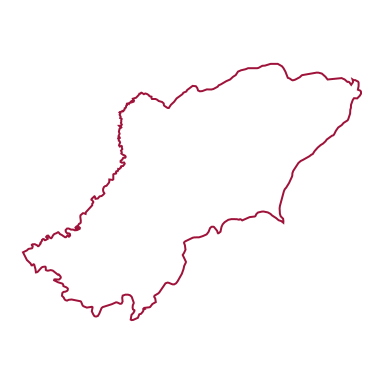 Nilo, Cundinamarca, Colombia (Albers equal-area conic projection)
{"feature_id": "7082276B27819593361412", "entity_name": "Nilo", "entity_type": "district", "adm_level": 2, "iso_a3": "COL", "parent_name": "Colombia", "parent_adm1": "Cundinamarca", "projection": "albers", "projection_center": [-74.661, 4.286], "detail": "fine", "context": "isolated", "style": "outline", "palette": "rose", "viewbox_px": 384, "rotation_deg": 0, "n_neighbors": 0, "source": "geoboundaries", "source_scale": "gbopen_adm2", "svg_char_len": 5887}
<svg xmlns="http://www.w3.org/2000/svg" viewBox="0 0 384 384"><path d="M289.7,78.5L287.8,77.8L285.4,71.6L283.4,68.0L281.9,66.2L277.8,63.9L270.5,63.9L265.0,65.6L262.3,65.8L258.5,67.9L257.2,68.2L248.1,68.2L245.6,69.2L241.0,70.3L238.0,71.6L235.7,75.1L232.9,76.9L230.1,79.5L226.4,81.1L220.8,84.4L218.7,85.3L217.7,86.7L213.4,89.0L211.3,89.5L206.8,89.4L202.2,91.1L199.9,91.3L198.1,90.5L197.2,87.9L195.8,86.2L192.6,85.9L187.2,90.0L186.3,91.5L183.4,92.7L182.4,94.2L176.6,98.4L174.1,101.8L170.9,104.8L168.8,108.0L167.5,107.9L164.3,105.8L163.9,105.1L163.7,103.4L162.1,102.0L158.7,101.0L157.1,99.7L155.5,99.0L152.0,99.0L151.4,97.9L151.5,96.7L149.5,96.2L148.6,95.0L146.8,93.9L145.2,93.5L143.9,94.2L141.6,92.7L141.0,92.8L140.4,93.7L139.4,93.7L138.7,95.0L136.1,97.7L132.9,98.7L134.0,100.7L133.6,101.7L133.3,101.8L133.0,101.2L132.4,101.8L131.9,100.9L130.7,101.7L130.7,102.7L129.3,102.9L128.9,104.0L127.8,103.5L127.0,103.6L126.7,104.2L127.0,105.2L126.2,105.8L125.9,107.5L125.4,108.0L124.7,108.2L124.5,109.7L123.6,110.4L123.4,111.1L123.1,111.3L122.3,111.0L122.0,111.6L119.9,112.0L119.4,112.5L120.3,113.6L119.6,114.8L120.6,116.5L120.2,118.1L121.3,118.5L121.7,119.0L121.2,120.2L121.3,122.0L120.9,122.9L121.8,124.7L120.7,125.7L119.1,125.8L120.2,127.1L121.2,127.0L121.4,127.4L119.5,128.9L118.9,131.7L119.6,133.8L118.5,136.1L119.7,137.4L119.8,138.0L119.2,138.3L118.3,138.0L118.1,138.4L118.8,139.5L118.8,140.7L119.6,141.2L120.1,142.5L119.0,145.3L119.7,146.5L121.2,145.9L121.9,146.3L121.8,147.5L122.3,149.1L121.0,150.7L121.8,152.2L121.3,153.5L122.7,154.6L124.9,155.6L125.6,156.4L125.6,157.2L125.2,157.7L123.4,157.8L122.9,158.2L122.4,159.5L120.6,160.9L120.6,162.0L121.9,162.7L124.1,162.5L124.7,163.5L124.5,164.2L123.0,166.0L121.2,166.2L120.9,166.6L121.0,167.5L120.4,167.7L119.4,169.1L118.2,168.9L118.0,170.7L117.6,171.2L116.5,171.2L116.2,171.4L115.9,172.5L116.2,173.1L115.9,173.6L114.0,173.9L113.3,174.4L113.3,179.3L112.6,179.9L109.3,179.5L109.3,181.6L109.0,182.6L106.5,185.8L105.2,186.1L103.9,187.1L103.1,189.0L103.1,190.6L103.4,191.8L104.4,193.3L103.6,194.4L101.6,196.0L99.6,196.4L97.8,198.5L95.5,198.8L94.8,196.5L94.4,196.3L91.7,198.8L91.4,199.7L92.4,200.5L93.3,201.8L93.2,202.6L92.3,203.6L92.2,205.3L85.9,212.2L85.6,213.9L84.1,213.3L82.9,213.2L80.5,215.3L80.3,216.9L80.8,220.7L80.7,222.7L80.0,223.4L79.1,223.8L77.9,225.7L76.3,226.6L75.4,227.7L76.1,228.9L77.2,229.0L77.9,227.5L78.4,227.1L79.1,227.1L79.9,227.9L79.7,228.8L77.0,230.1L74.8,230.3L73.2,229.6L71.0,229.6L68.7,228.5L67.1,228.5L65.6,230.1L65.8,231.7L67.1,233.3L69.0,233.4L69.9,234.0L70.1,235.5L69.2,236.6L68.7,236.6L68.2,235.6L67.5,235.5L65.9,237.2L65.0,237.2L61.8,235.0L60.0,234.1L58.7,232.5L58.1,232.2L56.4,233.2L54.3,234.0L53.0,235.4L51.9,237.5L51.3,238.2L50.4,238.1L48.2,235.6L47.2,235.7L46.2,236.7L46.2,237.1L47.6,237.9L47.8,238.8L45.5,240.1L44.6,240.1L44.1,239.3L43.1,239.0L42.4,239.6L42.0,239.9L41.9,240.9L40.3,243.1L40.6,243.6L38.6,246.1L37.8,246.1L37.1,245.3L34.8,244.2L32.5,244.3L31.8,244.8L31.9,245.4L32.7,246.3L32.4,247.7L31.9,248.3L28.5,248.9L26.9,250.4L23.0,252.3L26.9,260.0L30.5,263.4L31.5,265.3L32.3,265.3L33.4,264.3L34.2,264.6L35.5,269.3L35.9,272.4L36.8,272.3L37.8,271.7L41.6,267.5L42.8,266.9L45.1,266.6L45.7,267.1L45.8,269.9L46.2,270.3L47.9,270.7L50.7,270.1L52.8,270.6L57.8,274.6L58.1,274.8L58.5,274.4L59.0,274.6L60.6,276.6L60.8,277.5L60.4,278.4L58.9,279.6L55.0,279.3L54.3,279.5L54.1,280.3L58.1,282.3L62.3,283.6L63.1,284.4L63.4,286.1L66.5,287.4L67.8,288.5L67.8,289.9L67.2,290.8L65.3,291.7L63.5,291.9L62.3,293.1L62.0,295.8L63.7,297.5L64.4,299.0L65.4,300.1L66.6,300.5L67.1,300.6L68.7,299.8L71.6,299.5L80.6,301.3L81.1,301.8L82.7,305.6L83.6,306.3L86.8,307.6L91.9,306.8L92.5,307.2L92.5,307.8L91.8,311.3L93.3,314.5L94.4,316.1L95.1,316.4L96.2,316.5L97.8,316.0L99.2,313.8L101.6,308.0L102.7,307.1L111.8,304.2L116.1,302.3L117.6,302.6L119.8,303.7L120.9,303.8L121.7,303.4L122.6,301.5L122.2,297.8L122.7,295.6L125.3,294.7L128.1,294.7L129.9,295.2L131.4,296.5L131.8,297.1L133.7,302.5L133.7,303.3L132.8,305.3L132.6,307.8L133.0,309.4L134.4,310.2L134.5,310.8L133.5,312.8L131.5,314.9L130.7,319.6L131.6,320.1L133.2,319.9L137.9,317.8L139.3,314.3L141.0,313.8L142.8,311.7L143.3,310.8L143.3,309.7L144.4,309.2L143.5,308.7L144.2,307.9L149.3,307.3L150.2,306.9L152.4,304.0L155.8,302.1L155.2,298.4L154.3,297.1L154.2,296.5L154.6,295.6L158.3,293.4L159.3,292.4L165.5,283.3L167.5,282.6L168.7,282.8L172.4,284.3L174.1,284.4L176.1,283.3L177.6,281.3L181.9,273.7L183.5,269.1L184.2,265.9L185.8,262.6L185.9,261.7L182.7,255.0L184.1,252.8L185.5,249.7L184.9,245.2L184.0,242.8L184.4,242.0L185.3,241.3L192.8,237.7L194.5,237.4L199.1,237.3L202.8,236.1L206.6,234.4L208.6,231.8L210.0,228.2L211.5,226.8L213.2,226.7L214.0,227.0L217.1,230.8L217.7,232.8L218.1,233.3L218.6,233.2L220.5,231.7L221.5,226.9L222.7,224.3L224.6,222.2L228.3,219.8L231.5,219.1L236.8,219.2L239.0,219.7L240.0,219.2L240.7,219.3L242.2,220.4L249.7,217.1L254.8,216.5L255.4,216.1L256.4,214.0L258.0,212.5L261.9,211.6L263.4,211.5L267.8,212.4L270.5,213.9L272.0,215.4L276.3,218.2L278.6,220.2L281.3,221.1L283.3,222.7L283.4,221.2L283.1,218.7L280.7,216.3L279.9,213.8L279.6,208.3L279.9,206.0L283.9,191.2L284.8,189.2L286.2,187.6L289.0,183.1L291.9,176.8L292.3,175.5L292.4,173.2L293.3,170.8L298.4,163.0L300.7,161.0L303.1,159.8L309.3,156.3L311.5,154.6L312.7,154.1L314.6,151.1L317.7,147.6L320.7,145.0L322.9,143.7L325.4,141.4L326.8,139.5L332.0,135.7L333.1,135.4L334.0,134.6L335.9,130.8L338.2,127.5L341.7,125.1L343.6,122.9L347.4,120.5L348.1,119.6L350.1,113.6L350.3,109.7L350.9,107.9L351.0,104.9L352.8,99.9L354.0,98.2L357.2,98.4L359.8,95.7L361.0,93.7L361.0,91.8L360.4,90.7L357.9,89.7L358.6,86.1L358.6,82.7L358.2,81.7L355.2,80.1L353.6,80.1L352.5,79.4L353.0,81.1L352.9,82.3L351.2,84.8L349.3,82.2L348.5,81.8L347.4,81.9L344.7,79.5L341.6,78.1L327.6,79.5L325.4,76.7L321.9,73.6L318.6,72.7L316.7,72.6L302.4,75.1L301.7,75.4L299.8,77.2L295.3,79.6L293.8,80.1L292.6,80.3L291.8,80.0L289.7,78.5Z" fill="none" stroke="#9f1239" stroke-width="2"/></svg>